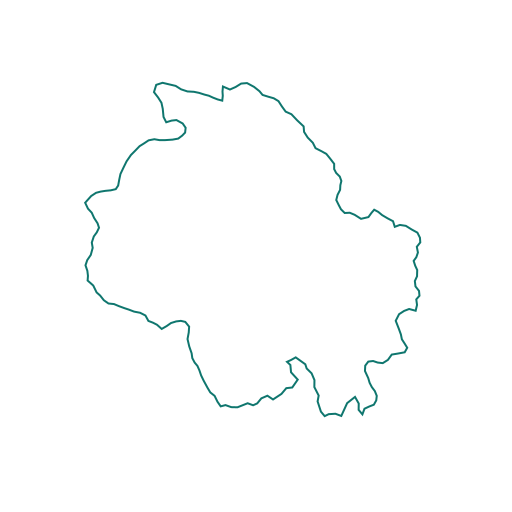 outline of Bueno Brandão, Minas Gerais, Brazil, rotated 297°
{"feature_id": "56859067B48142710212555", "entity_name": "Bueno Brandão", "entity_type": "district", "adm_level": 2, "iso_a3": "BRA", "parent_name": "Brazil", "parent_adm1": "Minas Gerais", "projection": "albers", "projection_center": [-46.355, -22.488], "detail": "fine", "context": "isolated", "style": "outline", "palette": "teal", "viewbox_px": 512, "rotation_deg": 297, "n_neighbors": 0, "source": "geoboundaries", "source_scale": "gbopen_adm2", "svg_char_len": 2920}
<svg xmlns="http://www.w3.org/2000/svg" viewBox="0 0 512 512"><g transform="rotate(297 256 256)"><path d="M392.0,149.6L387.3,151.5L383.6,153.7L379.1,155.4L378.1,150.8L377.6,145.9L377.4,141.2L376.4,136.7L375.5,131.2L374.1,126.1L371.5,120.2L370.5,113.6L371.1,107.2L369.5,100.7L367.9,94.1L363.2,89.4L355.7,90.7L352.8,96.8L349.6,102.2L344.8,106.1L337.9,110.5L334.4,115.3L338.3,119.3L341.0,123.4L340.8,130.5L338.3,135.1L333.8,136.8L329.8,135.6L325.3,133.4L321.8,128.8L318.1,122.6L315.4,117.3L313.9,112.4L310.3,107.8L305.3,105.0L301.0,102.4L295.1,100.6L289.2,98.7L281.6,97.7L274.5,97.8L267.5,98.0L261.9,99.5L256.2,101.2L251.9,100.7L248.6,96.8L245.6,92.1L242.9,88.4L239.7,84.8L234.6,81.9L225.9,79.6L221.9,84.8L220.0,90.0L216.4,94.5L213.2,100.0L209.9,103.3L204.7,103.4L199.8,102.6L193.4,103.6L189.1,106.8L181.9,108.3L175.7,107.5L170.3,108.3L166.2,112.5L162.0,115.3L157.7,117.1L155.8,124.4L151.2,130.5L150.0,135.1L147.5,140.5L146.7,146.1L148.7,151.3L149.1,156.7L149.8,162.5L150.5,167.0L151.1,172.6L152.8,178.5L152.8,184.5L149.3,189.6L149.8,194.4L149.8,199.0L148.2,205.1L153.0,208.2L157.7,210.7L161.5,214.6L164.1,218.5L165.2,222.9L162.7,228.5L157.3,230.8L150.9,232.7L145.1,237.6L140.1,242.8L136.1,245.6L133.2,249.7L131.5,253.7L128.4,257.5L124.7,261.3L121.2,265.9L116.6,272.6L113.7,277.2L112.6,282.6L108.7,287.8L106.0,292.8L109.3,296.5L110.1,302.6L112.8,308.2L121.0,315.4L121.7,321.2L125.2,324.0L131.6,325.4L136.7,329.6L135.9,336.3L144.7,341.3L152.0,343.0L155.3,348.0L164.8,349.3L168.3,340.0L174.5,336.1L175.8,331.7L179.2,334.4L183.7,337.4L181.9,349.1L178.8,352.2L176.7,358.8L172.0,364.4L165.7,367.5L160.1,375.2L154.4,376.9L146.8,384.5L144.5,389.9L148.1,392.6L151.5,398.4L152.2,404.6L166.3,404.0L175.4,408.2L171.2,414.5L165.5,417.3L163.2,422.7L169.2,422.0L173.4,425.3L177.0,428.5L181.9,428.7L186.2,427.1L189.6,423.2L191.8,418.7L194.6,414.8L198.2,411.4L203.0,405.3L207.9,403.1L212.9,404.0L215.6,408.0L216.3,412.8L218.1,417.6L223.3,420.7L229.8,421.7L233.4,426.6L237.7,432.2L242.9,432.4L245.4,428.3L248.0,423.8L251.9,420.7L256.0,416.3L261.7,409.9L269.1,409.9L274.3,412.9L278.3,416.5L279.7,423.1L285.5,421.7L290.1,418.5L294.8,419.7L298.9,417.1L301.3,411.9L305.8,408.9L311.0,408.7L316.7,406.0L319.6,402.3L323.2,398.7L327.7,399.4L332.6,398.7L337.2,395.1L342.7,396.2L346.7,393.8L350.1,389.2L350.3,382.6L350.9,375.8L349.0,370.1L345.0,366.4L349.2,362.3L349.3,356.1L349.7,349.8L350.8,344.9L350.9,340.3L346.8,339.3L341.7,338.5L336.8,332.7L337.5,325.2L337.1,319.9L334.6,315.5L336.2,310.5L338.8,306.8L342.3,302.1L347.5,300.9L353.1,300.9L357.4,299.0L361.6,298.0L364.8,294.6L366.4,289.7L368.9,286.2L373.6,283.8L376.6,277.5L378.9,272.3L379.1,266.2L379.1,260.1L382.7,255.2L385.0,248.3L388.4,242.5L393.1,239.6L395.6,231.0L398.4,223.2L398.1,216.9L401.0,211.2L404.2,205.7L404.6,200.2L403.5,194.6L402.5,188.7L404.4,184.3L405.8,177.5L406.0,169.5L402.9,164.5L397.3,161.1L392.5,157.2L392.0,149.6Z" fill="none" stroke="#0f766e" stroke-width="2"/></g></svg>